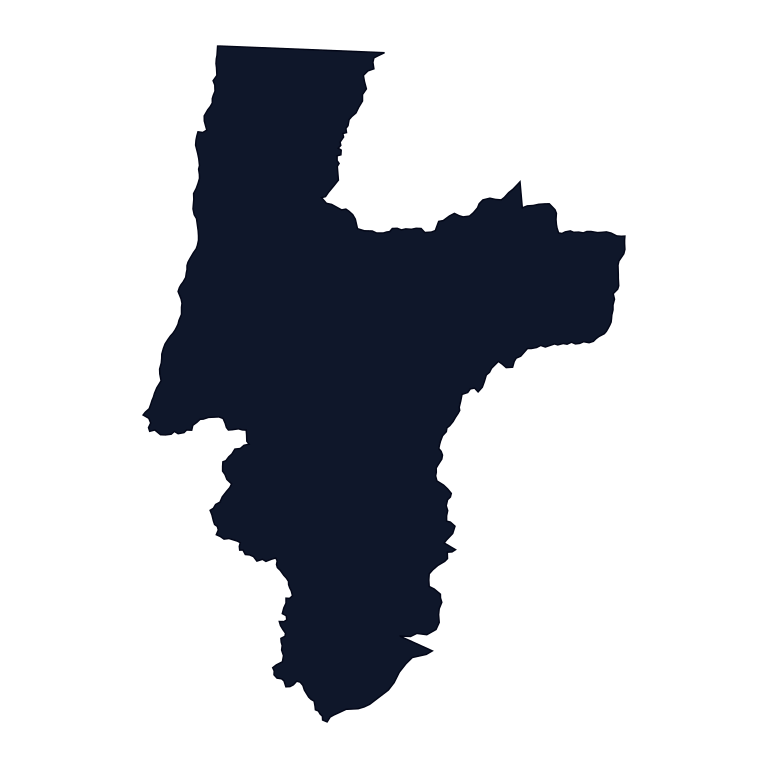 Goianésia, Goiás, Brazil
{"feature_id": "56859067B68977467938768", "entity_name": "Goianésia", "entity_type": "district", "adm_level": 2, "iso_a3": "BRA", "parent_name": "Brazil", "parent_adm1": "Goiás", "projection": "orthographic", "projection_center": [-49.163, -15.297], "detail": "fine", "context": "isolated", "style": "filled", "palette": "ink", "viewbox_px": 768, "rotation_deg": 0, "n_neighbors": 0, "source": "geoboundaries", "source_scale": "gbopen_adm2", "svg_char_len": 5438}
<svg xmlns="http://www.w3.org/2000/svg" viewBox="0 0 768 768"><path d="M438.7,221.4L436.6,227.0L435.3,230.6L431.3,232.1L424.8,232.5L421.1,228.5L416.1,228.3L411.5,229.3L405.7,228.9L401.4,229.9L397.2,228.3L392.3,228.5L389.7,231.6L386.6,232.0L383.4,233.0L380.3,233.0L376.5,233.0L372.3,231.0L364.4,230.8L357.5,228.7L355.3,219.1L352.7,214.6L348.9,211.2L345.9,209.1L341.6,209.9L331.6,204.4L326.4,203.3L321.5,197.6L325.5,196.6L328.4,192.4L333.7,186.0L338.4,180.1L337.3,166.4L339.1,163.5L337.1,160.6L337.1,155.8L340.9,154.8L341.2,150.1L338.2,148.2L340.8,145.4L340.1,142.1L343.6,137.0L342.8,133.5L346.5,132.6L345.9,128.4L348.0,125.7L349.1,119.6L351.7,116.6L356.0,112.9L358.7,107.3L362.5,101.0L362.5,94.5L366.4,88.9L364.4,81.3L363.4,75.4L367.9,70.9L373.9,68.8L372.9,62.3L373.9,57.9L378.0,55.8L384.5,52.7L220.9,46.1L217.6,46.1L217.0,55.3L216.3,58.9L216.0,63.6L216.5,67.6L216.9,75.4L213.1,80.7L214.8,85.0L215.0,91.2L213.3,95.3L212.3,98.6L212.3,103.0L210.3,106.5L207.8,109.7L204.2,115.9L204.3,121.0L205.5,125.5L206.8,130.1L202.8,132.5L198.0,131.8L196.8,136.1L196.0,140.1L195.6,145.1L197.7,153.4L198.8,158.9L199.5,165.6L198.6,169.1L199.4,174.3L199.5,178.4L198.1,183.3L196.3,188.3L193.6,193.5L193.8,199.3L193.3,205.1L193.0,208.9L194.2,214.7L196.5,218.6L198.2,230.9L198.5,235.8L198.5,240.2L197.4,245.4L196.2,248.8L193.5,252.6L190.2,258.2L188.0,262.2L187.0,265.6L187.0,269.8L186.3,273.0L185.7,277.4L183.1,282.0L180.9,284.9L179.4,287.6L178.1,291.5L181.1,298.9L182.0,303.3L181.5,307.2L181.5,311.2L181.5,314.4L179.0,320.3L178.0,324.3L176.5,327.4L175.0,330.2L172.8,333.4L170.5,335.9L168.2,339.1L165.1,343.9L163.4,348.4L161.8,354.1L161.7,358.3L161.3,362.9L159.6,369.1L159.8,373.9L161.1,380.8L156.8,387.8L154.5,393.3L153.4,397.1L152.0,400.4L150.8,404.2L149.2,408.7L145.3,412.2L143.1,415.0L148.8,418.3L150.7,423.0L148.5,427.6L149.7,431.3L154.8,430.0L160.5,434.7L165.4,434.9L171.2,434.2L174.4,431.4L178.1,433.7L184.0,432.6L186.6,430.0L191.7,430.2L192.8,425.3L196.8,422.4L200.1,419.3L203.3,419.1L208.5,417.4L218.9,416.9L223.1,418.5L225.2,423.3L226.4,427.4L228.4,430.0L232.4,429.7L238.5,428.8L242.3,429.9L246.2,430.1L246.6,434.9L246.8,441.2L249.1,444.2L244.0,445.3L240.3,448.5L234.9,449.1L231.8,454.1L228.8,456.8L225.9,460.7L222.9,461.8L222.6,466.4L222.6,471.1L225.0,474.5L226.9,479.4L229.3,481.7L231.6,483.9L229.8,487.6L226.7,491.2L222.3,496.8L220.0,502.1L215.6,504.5L213.4,508.3L210.1,510.3L211.9,514.8L213.4,520.9L214.6,524.5L217.3,526.4L218.3,530.0L216.3,534.7L220.3,536.5L224.0,539.1L229.0,538.5L237.6,541.2L240.3,542.7L239.3,546.4L239.7,550.1L242.9,550.0L245.3,554.5L249.6,554.9L253.5,556.6L256.9,561.1L262.5,559.3L265.9,561.4L271.5,559.2L275.8,558.0L277.2,560.9L276.5,564.5L277.4,567.6L280.3,570.4L283.8,575.3L286.3,578.0L288.5,581.3L288.6,584.6L289.7,587.8L291.2,590.7L292.5,595.7L289.6,598.4L286.0,598.2L286.0,603.2L283.8,607.9L282.3,613.6L286.2,615.7L286.8,619.8L284.0,621.6L279.3,621.5L280.5,625.6L283.0,629.7L285.5,633.2L285.0,636.3L280.9,638.4L281.2,642.1L282.2,645.5L281.6,650.0L283.5,655.6L282.4,661.8L276.3,664.9L272.7,667.7L274.2,670.9L274.0,674.8L277.0,678.1L281.6,678.8L284.0,680.9L285.9,686.8L290.0,686.6L293.4,684.8L296.7,681.2L300.1,682.1L302.9,685.4L304.4,690.1L308.7,697.1L311.1,699.4L314.1,701.1L315.0,706.0L315.4,709.8L318.4,711.0L320.1,714.0L322.4,716.2L322.6,720.0L327.1,721.9L330.1,717.1L333.8,715.0L339.3,712.5L346.1,709.3L358.2,708.7L364.2,706.9L369.7,704.3L388.4,690.0L394.1,682.6L399.3,672.2L406.0,663.7L412.3,657.5L426.3,654.4L432.3,650.9L399.5,636.0L410.5,636.5L416.8,633.4L426.8,634.7L436.0,629.5L439.2,622.5L438.6,614.6L439.2,608.7L441.8,602.3L440.5,598.0L440.4,594.2L434.2,589.0L429.2,586.5L428.8,580.0L429.2,573.9L432.7,569.9L437.9,565.4L444.7,561.4L447.5,558.6L447.3,552.2L452.0,551.9L455.5,549.7L444.2,543.0L446.4,540.1L452.7,533.5L455.0,526.2L450.4,522.1L446.6,521.1L446.6,515.8L447.7,510.6L446.2,505.7L447.6,499.7L450.4,497.0L451.3,493.4L447.6,488.9L443.6,485.1L436.9,480.9L435.6,475.9L436.3,472.3L436.2,468.0L438.3,464.5L441.8,459.1L442.5,455.1L441.1,451.3L438.8,448.5L439.6,444.5L440.5,441.2L442.6,435.7L446.3,431.7L446.9,427.9L449.7,425.7L453.1,421.5L455.5,417.3L458.1,413.4L459.7,410.4L459.2,407.3L460.7,401.2L462.0,394.4L467.7,392.5L470.3,388.9L474.6,388.1L478.1,391.9L482.3,387.2L484.3,381.7L486.3,375.0L489.5,372.3L491.5,368.3L494.1,365.7L498.4,361.4L502.2,364.1L506.2,367.6L512.6,367.2L514.2,361.5L516.2,358.1L520.7,356.2L527.5,348.5L531.3,348.5L536.6,347.5L540.7,345.4L545.3,347.0L550.7,345.2L554.6,343.9L557.7,344.9L563.2,343.5L567.1,344.2L571.5,342.2L575.4,343.9L579.7,343.4L583.6,341.7L589.1,342.7L593.4,341.3L596.0,338.7L598.9,336.5L604.3,333.7L606.3,331.4L608.0,328.5L609.8,325.1L611.1,322.1L611.5,318.8L611.8,315.0L613.0,309.9L613.0,304.9L614.5,299.2L613.2,293.7L617.7,289.1L618.7,285.8L618.3,278.1L618.3,274.4L618.0,265.1L618.9,261.0L623.8,253.8L624.9,249.4L624.6,243.5L624.6,240.2L624.9,236.1L621.4,236.3L616.7,235.9L611.2,233.1L606.5,231.9L602.3,232.3L597.5,232.6L591.1,231.5L586.8,231.5L583.3,232.9L578.7,232.1L573.6,232.3L570.4,230.9L565.2,231.9L562.0,233.5L558.6,232.9L557.0,227.9L556.4,224.4L556.0,219.4L556.4,213.3L555.0,209.7L552.5,207.1L549.3,203.8L544.7,203.9L538.7,204.3L533.2,205.5L527.2,205.9L522.3,207.9L520.0,181.8L517.7,184.3L513.0,189.2L508.7,192.6L504.4,197.4L501.2,199.9L495.3,199.4L489.9,198.2L482.9,199.9L479.2,203.7L477.5,207.9L473.4,212.7L469.5,216.1L463.1,216.9L459.1,215.7L454.4,213.4L449.4,216.0L443.2,220.6L438.7,221.4Z" fill="#0f172a" stroke="#020617" stroke-width="1.5"/></svg>